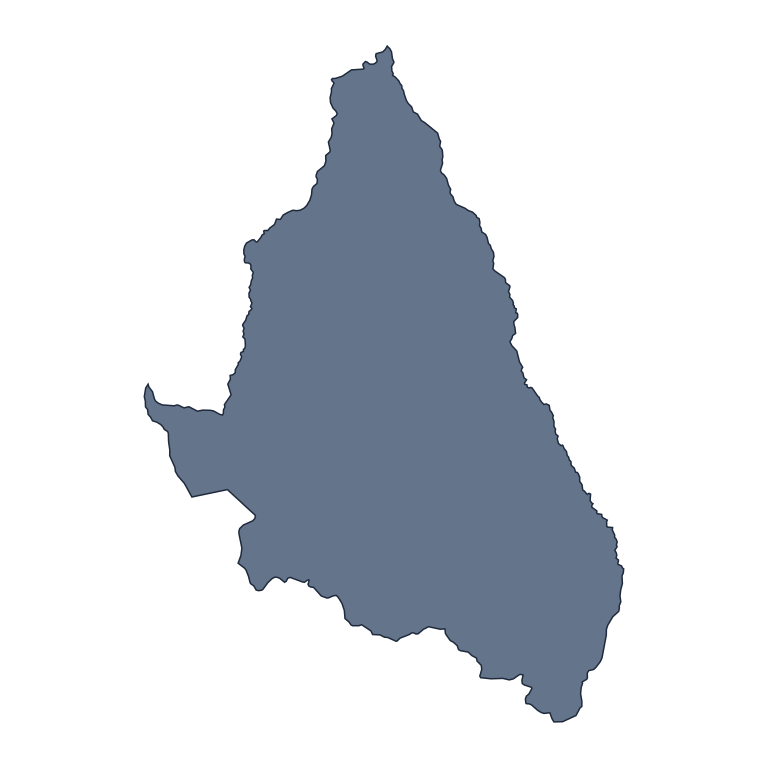 outline of Sucre, Ayacucho, Peru
{"feature_id": "86281439B85523088523316", "entity_name": "Sucre", "entity_type": "district", "adm_level": 2, "iso_a3": "PER", "parent_name": "Peru", "parent_adm1": "Ayacucho", "projection": "albers", "projection_center": [-73.73, -14.09], "detail": "fine", "context": "isolated", "style": "filled", "palette": "slate", "viewbox_px": 768, "rotation_deg": 0, "n_neighbors": 0, "source": "geoboundaries", "source_scale": "gbopen_adm2", "svg_char_len": 6075}
<svg xmlns="http://www.w3.org/2000/svg" viewBox="0 0 768 768"><path d="M387.2,46.1L385.3,49.4L382.7,51.9L376.1,53.7L375.6,56.1L377.1,60.7L376.9,61.6L375.3,63.2L373.5,64.1L370.4,64.2L368.9,63.6L367.0,62.0L365.4,61.5L362.9,64.2L363.1,66.1L364.1,68.0L363.2,69.1L351.4,69.9L342.3,76.2L335.5,78.4L332.6,78.5L331.5,79.4L332.2,81.2L333.5,82.2L334.0,83.2L331.4,88.6L331.5,91.7L330.1,97.6L330.5,102.6L333.0,108.1L335.8,111.0L337.2,113.6L336.3,115.6L331.9,118.9L334.0,123.1L331.7,128.7L332.0,133.8L331.2,137.3L328.4,142.0L330.3,150.8L329.6,152.2L325.7,155.5L325.9,161.2L324.4,165.7L317.4,171.5L316.1,175.4L316.1,176.7L317.4,179.4L317.0,183.5L313.5,186.4L312.0,189.1L311.5,195.0L309.8,200.3L306.8,205.4L304.1,208.1L300.3,210.2L296.5,210.7L292.9,210.2L287.6,212.5L283.2,215.0L280.4,219.4L276.5,219.1L274.7,224.0L273.6,225.2L269.9,227.9L267.8,230.5L264.7,230.5L263.7,231.0L264.2,233.7L262.1,235.0L260.9,237.4L257.1,242.0L256.2,242.0L254.0,239.8L252.0,239.9L246.5,243.0L244.7,246.2L243.8,249.8L243.9,254.0L245.1,256.2L244.3,259.3L244.5,261.7L245.3,262.8L248.7,263.0L250.5,264.3L251.0,265.9L250.8,269.0L253.3,272.4L252.3,275.4L252.6,278.2L251.4,280.5L250.6,284.9L249.1,287.4L250.5,290.2L249.0,293.0L249.1,297.2L250.7,299.3L250.7,300.6L251.7,302.3L251.7,303.8L250.4,306.7L251.9,308.3L251.2,309.7L249.0,311.5L248.7,314.4L247.0,315.8L245.7,320.2L242.8,324.4L242.7,325.6L244.1,328.3L243.1,331.2L244.0,334.1L242.8,336.9L245.0,339.1L245.4,346.0L244.8,348.2L243.4,349.5L243.4,351.5L241.1,352.4L240.6,353.2L240.6,354.8L241.5,356.2L241.5,357.5L239.9,361.2L238.1,362.9L238.4,364.3L235.3,369.7L235.2,372.8L232.8,374.8L230.1,375.4L230.4,379.2L227.8,384.1L231.1,394.8L224.4,404.6L224.9,407.1L223.5,409.8L223.3,413.6L222.5,415.0L219.6,414.3L213.7,411.0L210.4,410.3L202.8,410.1L197.5,411.2L188.8,406.7L184.0,407.9L178.2,405.1L176.6,405.0L174.4,405.8L162.2,404.9L158.0,403.0L155.5,400.9L154.5,399.1L152.5,391.7L148.9,387.0L148.1,384.2L145.7,388.0L144.3,396.7L145.3,400.9L145.5,406.9L147.6,409.6L148.1,414.4L150.6,417.2L152.5,420.8L156.7,422.1L160.8,424.6L163.0,427.0L164.3,429.4L167.6,431.5L168.3,433.1L168.6,441.8L169.8,450.1L169.7,455.7L174.9,467.3L175.4,471.4L177.9,475.9L184.4,483.4L191.9,497.0L227.4,489.6L255.4,515.4L254.9,518.4L252.8,520.8L243.4,525.0L239.7,528.6L238.9,531.2L239.0,534.0L241.9,548.2L240.9,555.6L238.1,563.2L244.6,568.2L246.0,570.0L248.5,576.3L250.1,582.7L250.7,583.7L253.8,585.9L256.1,590.0L258.5,590.7L261.7,590.2L262.8,589.5L267.9,582.6L272.0,578.7L274.7,577.2L276.7,577.2L279.6,578.2L284.6,582.3L286.2,581.3L287.8,578.2L290.2,577.4L302.6,582.0L304.5,582.3L307.2,580.3L308.7,579.8L309.1,580.7L308.0,584.2L308.8,586.0L310.7,587.0L313.6,587.4L321.3,596.0L326.8,598.0L328.4,597.9L333.4,595.8L336.2,595.4L338.2,597.3L341.9,603.2L344.3,610.3L345.0,618.6L348.9,621.9L351.0,624.9L352.6,625.7L358.9,625.7L361.6,624.7L370.9,630.9L372.6,634.5L380.0,634.9L384.4,637.2L387.7,637.5L396.0,641.2L396.9,641.2L400.1,638.1L408.7,634.8L412.1,632.8L413.4,632.8L416.0,634.0L418.1,633.8L423.3,629.4L428.6,626.7L440.0,629.2L444.9,628.9L445.4,633.4L446.4,635.1L450.3,640.6L453.2,642.1L457.2,645.6L458.5,649.6L460.5,650.7L468.2,652.1L471.9,655.6L476.5,658.1L477.1,661.1L481.3,665.4L481.7,669.5L479.8,676.1L480.7,677.7L491.0,678.8L502.8,678.4L509.3,679.9L513.5,678.8L519.3,674.7L520.5,674.4L523.1,675.0L521.9,680.3L522.3,683.6L524.4,685.0L531.4,687.3L531.9,688.4L528.9,694.0L526.3,696.2L525.4,699.1L525.8,703.0L526.4,703.7L528.8,703.8L531.3,704.7L537.6,710.3L541.0,712.4L543.9,713.4L549.9,712.8L552.0,718.7L553.9,721.9L562.6,721.7L576.0,715.5L580.1,707.8L581.8,706.5L581.9,701.5L580.6,693.8L581.2,687.4L582.5,683.6L582.2,682.0L586.7,679.3L587.4,677.8L587.3,673.0L588.8,670.6L593.6,669.5L595.8,667.5L600.3,661.6L602.0,657.9L606.3,635.1L606.4,629.4L607.8,625.1L612.8,616.7L618.7,611.4L619.4,608.0L619.2,605.8L620.8,601.9L620.0,595.9L620.7,590.0L622.4,583.5L622.0,575.8L623.3,573.0L623.7,568.8L622.5,568.0L621.5,565.9L618.1,564.4L617.8,563.0L618.4,561.4L618.4,559.9L616.1,558.2L616.8,555.0L616.2,552.7L614.8,550.3L617.1,546.8L616.4,545.0L617.2,541.9L616.1,539.1L614.6,537.3L614.7,535.1L612.3,529.9L612.6,527.5L608.3,527.2L606.8,526.6L606.6,521.8L607.3,520.1L602.6,517.6L601.9,516.5L601.7,514.4L597.4,513.7L596.6,512.6L596.9,511.0L591.8,507.2L591.9,505.2L593.0,503.7L591.7,502.9L590.1,500.6L590.6,494.1L589.0,493.3L587.2,494.4L584.4,491.1L582.7,490.0L582.1,484.9L579.7,481.3L579.7,477.1L578.1,473.5L577.3,472.5L575.6,472.2L574.3,468.2L571.2,465.3L570.9,461.5L569.2,459.7L568.7,457.3L567.2,455.4L566.5,451.6L564.1,448.5L562.9,445.5L562.4,445.1L561.1,445.6L558.5,443.5L557.2,438.7L558.1,436.0L555.8,434.2L555.1,431.2L555.6,429.3L553.9,426.3L554.0,421.4L552.7,417.7L553.3,415.6L551.4,411.9L550.0,410.4L549.2,405.3L546.2,403.9L544.0,404.5L541.9,402.5L540.0,399.8L539.2,397.3L537.8,396.2L532.0,387.8L530.4,387.4L529.1,388.0L527.3,387.1L527.0,384.9L524.6,384.2L524.6,382.9L526.6,379.8L524.0,377.8L522.8,372.8L521.3,371.1L521.6,369.2L522.7,367.3L519.5,361.9L516.8,351.0L511.9,345.7L509.9,341.8L511.7,338.9L512.7,335.5L515.6,333.4L514.9,327.5L513.9,324.3L513.8,321.5L517.7,317.5L517.7,314.2L517.2,313.2L515.7,312.8L516.3,308.8L514.3,307.8L514.2,306.0L513.1,304.6L513.4,303.2L512.6,300.5L509.6,297.2L509.9,294.4L508.5,291.7L509.9,287.1L509.8,285.8L505.6,282.6L505.4,279.4L504.5,277.7L494.9,271.0L492.9,268.9L493.7,263.3L492.8,260.8L494.0,256.4L493.4,252.2L491.3,248.8L490.3,245.3L488.5,243.5L487.0,237.2L485.6,234.5L481.8,231.9L481.0,228.0L479.5,225.6L479.9,222.4L479.1,218.6L476.7,217.3L476.1,215.4L472.5,212.1L468.0,210.4L465.1,208.3L456.3,204.4L454.3,201.4L453.0,196.9L450.4,193.7L450.0,192.1L450.7,189.3L448.5,185.3L446.6,178.4L444.1,174.9L441.6,173.0L440.6,171.2L440.5,170.1L442.6,163.2L442.1,159.9L442.8,156.9L442.5,151.9L442.1,149.7L439.7,146.3L440.6,141.4L439.3,139.1L437.6,133.1L424.8,122.7L421.3,120.5L417.5,114.1L413.3,111.9L411.6,106.8L408.4,103.7L406.5,100.7L404.3,94.4L403.5,90.7L402.1,88.6L401.7,85.5L400.0,83.5L398.8,80.9L395.2,77.0L392.7,75.5L393.2,73.6L391.9,70.9L391.6,66.4L393.6,63.2L393.9,61.9L392.5,58.8L391.5,51.8L389.9,48.8L387.2,46.1Z" fill="#64748b" stroke="#1e293b" stroke-width="1.5"/></svg>